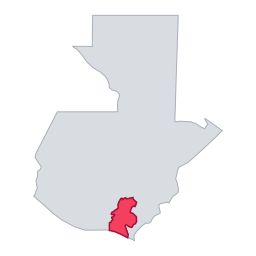 where Santa Rosa sits in Guatemala
{"feature_id": "GTM-1957", "entity_name": "Santa Rosa", "entity_type": "Department", "adm_level": 1, "iso_a3": "GTM", "parent_name": "Guatemala", "parent_adm1": "", "projection": "natural_earth1", "projection_center": [-90.341, 14.154], "detail": "fine", "context": "in_parent", "style": "filled", "palette": "rose", "viewbox_px": 256, "rotation_deg": 0, "n_neighbors": 0, "source": "natural_earth", "source_scale": "10m", "svg_char_len": 3331}
<svg xmlns="http://www.w3.org/2000/svg" viewBox="0 0 256 256"><path d="M33.7,196.0L34.9,194.6L36.0,191.3L37.3,188.0L36.5,184.1L36.0,180.9L37.5,176.4L37.4,172.9L38.0,170.8L40.2,169.4L41.3,166.8L35.2,157.8L35.3,155.7L36.1,153.2L41.0,143.6L46.9,132.1L53.4,119.4L57.3,111.8L71.6,111.8L81.0,111.8L92.9,111.8L105.9,111.8L114.4,111.8L117.9,111.7L117.4,106.7L117.8,101.3L119.4,96.3L119.4,94.1L116.8,91.4L111.9,89.9L109.2,87.5L109.2,84.5L108.0,80.9L105.6,76.6L100.6,72.2L93.1,67.8L86.8,61.8L81.5,54.3L77.0,49.4L73.6,47.4L72.8,46.3L82.8,46.4L92.3,46.5L92.4,35.7L92.5,26.2L92.6,15.4L109.8,15.4L130.3,15.4L151.6,15.4L168.4,15.4L178.2,15.4L177.8,28.9L177.3,44.4L176.9,55.8L176.4,71.0L175.9,86.6L175.3,107.8L174.8,121.5L175.0,121.8L180.6,121.2L188.9,121.8L191.0,121.7L193.5,122.9L195.5,123.3L199.7,126.4L204.7,128.7L207.8,124.0L206.1,121.2L204.9,119.7L205.1,118.4L222.3,130.7L220.3,132.5L215.9,136.9L208.0,144.3L200.9,151.0L194.1,157.1L187.9,162.5L187.2,163.0L179.4,166.9L178.0,168.7L176.4,176.4L175.6,178.3L177.0,182.6L178.5,189.2L178.0,192.6L172.6,196.9L170.1,200.7L169.0,203.1L168.1,202.5L166.4,202.3L162.5,203.3L160.7,203.5L159.1,204.6L158.9,206.9L160.0,210.8L160.3,212.8L159.3,213.7L154.5,216.0L152.6,218.3L150.8,221.9L148.7,223.3L146.6,223.1L145.0,223.6L141.7,226.2L136.7,231.4L134.1,235.2L134.0,238.1L134.5,240.6L116.4,231.6L110.4,230.0L85.0,230.2L74.1,226.6L61.7,219.8L53.3,213.5L33.7,196.0Z" fill="#d9dde1" stroke="#a8b0b8" stroke-width="1"/><path d="M127.7,237.8L127.4,237.6L120.1,233.9L115.4,231.9L111.6,230.9L109.4,230.5L109.4,229.9L109.4,223.0L109.5,222.7L110.3,222.3L110.8,222.3L110.9,222.2L111.1,222.1L111.2,221.6L111.6,220.8L111.8,220.5L112.4,220.1L112.6,219.9L112.7,219.7L112.8,219.6L112.8,219.4L112.7,219.2L112.0,218.4L111.9,218.3L111.7,218.0L111.7,217.2L112.1,217.0L112.9,216.9L113.1,216.8L113.4,216.6L114.1,215.8L114.7,214.9L114.6,214.6L114.1,214.4L113.9,214.3L113.0,214.6L112.9,214.7L112.6,214.7L112.3,214.6L111.6,214.5L111.4,214.4L111.3,214.2L111.3,213.9L111.4,213.3L111.7,212.7L112.4,212.0L113.7,211.4L114.1,211.1L115.0,210.2L115.9,209.7L116.3,209.5L116.5,209.5L116.7,209.4L116.8,209.3L117.1,208.8L117.3,208.7L117.6,208.5L117.7,208.4L117.8,208.4L118.1,208.0L118.2,207.3L117.9,204.7L118.8,202.2L120.7,198.7L121.5,198.3L122.1,198.4L122.2,198.5L122.3,198.7L122.3,199.4L122.4,199.5L122.5,199.7L123.0,199.4L123.9,198.5L124.2,198.2L124.6,198.0L125.0,198.0L125.6,197.7L126.2,198.4L126.2,198.6L126.4,198.7L126.5,198.8L127.2,198.7L127.8,198.6L133.0,197.5L133.2,198.8L133.6,199.5L135.3,201.1L136.6,202.2L135.7,205.2L135.0,205.3L135.2,206.3L135.1,206.5L134.8,206.5L134.6,206.4L134.0,206.3L132.4,206.7L132.3,206.8L131.7,207.4L130.0,212.1L130.7,212.7L132.9,213.4L133.1,213.5L133.3,213.7L133.6,214.1L135.1,215.5L136.3,216.7L136.5,217.3L136.4,218.5L136.6,220.7L136.6,220.9L136.6,221.2L136.4,221.6L136.2,222.3L135.4,223.6L135.1,223.9L135.0,224.0L134.4,224.1L133.8,224.3L133.6,224.5L133.4,224.6L133.1,225.2L132.4,226.8L131.6,227.4L131.3,227.4L130.8,227.2L129.0,226.7L128.7,226.6L127.8,225.7L126.5,224.8L125.6,225.1L125.3,225.4L125.3,225.6L125.2,225.9L125.2,226.2L125.2,226.4L125.4,226.8L125.6,227.0L125.8,227.3L125.9,227.5L126.2,229.8L126.3,229.9L126.4,230.0L126.7,230.2L126.8,230.5L127.0,230.9L127.4,232.8L128.1,234.1L128.1,234.4L128.2,234.6L128.1,235.6L127.8,237.0L127.7,237.8Z" fill="#f43f5e" stroke="#9f1239" stroke-width="1.5"/></svg>